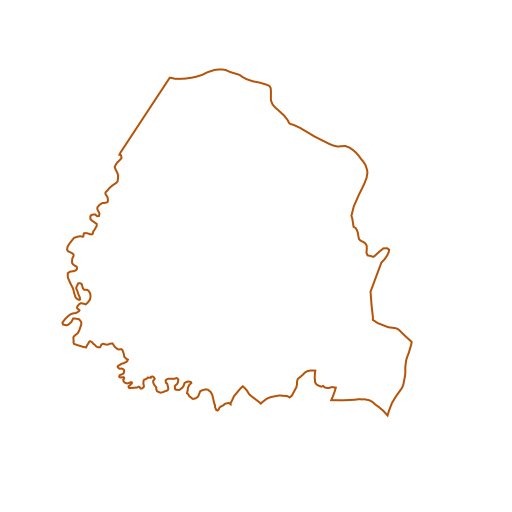 the district of Stueng Saen, Kâmpóng Thum, Cambodia, rotated 109°
{"feature_id": "14789045B79526031906839", "entity_name": "Stueng Saen", "entity_type": "district", "adm_level": 2, "iso_a3": "KHM", "parent_name": "Cambodia", "parent_adm1": "Kâmpóng Thum", "projection": "orthographic", "projection_center": [104.889, 12.631], "detail": "fine", "context": "isolated", "style": "outline", "palette": "amber", "viewbox_px": 512, "rotation_deg": 109, "n_neighbors": 0, "source": "geoboundaries", "source_scale": "gbopen_adm2", "svg_char_len": 6121}
<svg xmlns="http://www.w3.org/2000/svg" viewBox="0 0 512 512"><g transform="rotate(109 256 256)"><path d="M204.7,418.1L204.5,416.8L205.7,415.7L207.4,415.1L209.8,416.1L212.9,417.7L215.3,418.3L217.9,418.6L219.9,416.9L222.2,414.5L224.5,412.7L226.9,411.9L230.2,411.2L232.0,411.7L236.0,414.7L238.7,416.3L240.4,417.1L242.4,417.8L244.5,418.9L245.7,418.9L247.0,417.9L247.9,416.5L248.8,415.6L250.0,414.8L251.5,414.1L253.1,413.9L254.0,414.6L255.4,417.0L255.8,418.2L256.4,418.9L258.5,420.6L261.6,421.8L263.1,421.4L264.5,420.3L265.8,418.7L267.2,417.7L269.3,417.5L270.1,419.1L269.1,421.8L269.6,423.0L270.7,424.9L272.3,425.6L274.9,424.6L276.0,422.6L277.5,417.1L279.2,416.4L283.8,417.2L285.8,417.9L287.7,417.6L288.6,417.8L289.4,419.1L289.4,422.6L289.9,424.9L290.7,426.1L291.9,426.0L293.7,425.6L294.3,426.3L294.5,428.5L295.6,430.6L298.1,434.0L304.4,436.2L307.7,437.1L309.5,437.1L311.7,436.6L312.8,435.1L312.8,434.0L313.2,431.0L313.8,429.2L315.2,428.5L318.1,428.9L321.0,428.2L322.5,427.6L323.4,426.4L324.1,424.4L324.4,422.2L325.4,421.4L326.9,421.1L328.3,421.8L329.6,423.3L331.4,426.8L333.6,428.4L337.6,426.9L342.3,422.6L345.6,419.1L347.7,417.4L349.6,416.3L353.7,413.3L354.3,412.2L354.9,410.8L355.1,408.9L354.4,408.2L352.4,409.2L350.6,411.0L347.2,413.6L345.1,415.5L344.0,415.7L339.8,415.2L339.0,413.6L339.2,411.8L342.8,409.2L343.9,407.6L342.9,404.3L343.8,402.5L345.5,400.5L348.1,399.3L351.1,398.8L355.0,400.0L357.2,401.3L357.2,403.2L357.5,406.0L359.1,407.5L361.6,408.5L363.1,408.4L364.0,407.6L364.3,406.0L364.9,405.2L366.0,405.5L368.6,407.7L370.0,410.6L371.5,412.4L373.6,413.8L377.4,415.8L380.2,416.8L382.1,417.3L383.6,416.2L383.3,412.9L382.6,411.8L381.7,410.9L378.9,409.3L376.9,408.8L374.7,408.6L374.2,407.3L373.7,405.0L373.4,402.8L374.5,400.9L375.7,399.5L377.9,398.9L384.1,398.9L386.7,399.3L390.7,401.7L391.9,402.2L393.3,401.9L395.4,400.9L397.2,400.4L398.4,399.4L398.4,395.0L398.2,391.6L398.3,390.7L397.8,386.9L395.8,386.7L390.9,385.6L390.5,384.8L391.0,382.7L392.0,381.2L392.3,380.0L393.6,377.5L393.6,375.2L393.4,374.3L392.8,373.6L390.5,373.4L389.4,372.9L388.7,371.8L388.7,370.2L388.5,368.6L388.0,367.2L386.4,365.4L385.4,363.2L387.9,359.9L389.1,356.7L389.0,355.1L387.9,353.0L388.6,351.5L391.7,349.1L394.2,347.7L395.5,344.9L395.7,343.4L396.9,343.5L398.1,343.9L400.6,346.3L401.1,347.3L401.8,348.1L404.9,350.7L405.8,350.8L407.0,348.9L406.8,347.7L406.1,346.3L406.3,344.8L406.8,343.7L407.9,343.1L409.5,342.9L410.5,343.2L413.0,346.0L414.3,346.2L415.1,345.5L414.9,344.3L413.7,342.0L413.9,341.1L414.8,340.8L416.2,341.3L417.4,340.6L418.4,339.1L418.5,338.1L418.5,337.0L418.3,336.0L417.5,334.9L416.0,333.2L416.1,332.1L417.0,332.0L418.7,332.8L420.8,334.1L422.0,333.2L421.9,332.4L420.8,329.4L419.8,327.5L419.2,325.8L417.8,324.4L417.7,323.6L418.4,322.7L418.9,321.7L418.3,320.6L416.5,319.5L415.6,319.6L413.2,321.0L412.1,321.3L410.6,321.7L409.3,321.4L408.4,320.2L407.0,319.1L406.1,318.7L405.8,317.1L405.3,315.8L404.4,315.9L403.6,314.7L403.8,313.4L404.4,312.5L405.1,311.8L407.6,312.6L408.7,312.2L410.2,311.1L411.3,309.7L412.8,307.4L414.4,307.0L415.9,305.7L416.3,303.9L416.3,301.7L415.3,300.0L414.7,299.2L413.8,298.5L412.8,297.0L411.9,296.0L410.8,295.6L409.3,296.0L405.5,298.5L405.3,299.7L404.1,300.5L402.9,300.9L401.8,300.3L400.6,298.9L398.7,293.3L397.3,291.4L397.5,290.1L398.2,289.2L399.6,288.9L401.3,288.7L403.2,289.1L404.5,290.1L405.7,290.4L408.4,289.0L408.4,287.9L408.0,285.9L407.4,284.7L404.2,282.6L402.6,282.2L399.3,282.2L398.3,281.4L396.9,279.5L396.5,278.6L396.4,276.5L397.1,275.8L399.9,277.2L402.3,277.4L403.5,277.3L405.0,276.9L408.2,276.6L408.4,275.7L410.4,273.2L410.9,271.5L411.7,269.5L411.5,268.7L410.2,266.7L408.7,265.5L407.8,265.1L406.6,264.9L402.0,264.7L401.1,263.7L400.4,263.1L398.5,260.2L398.2,258.9L398.1,257.9L399.3,254.7L400.2,253.6L401.8,251.9L403.8,250.8L404.5,250.2L407.3,248.6L408.6,247.6L409.6,247.1L410.1,246.4L410.9,245.9L412.2,245.6L414.6,243.3L414.6,242.0L413.5,241.4L411.0,241.1L410.0,240.3L409.2,239.8L408.0,238.4L407.3,237.9L406.5,237.7L405.6,236.9L404.9,235.7L404.4,235.0L403.8,233.8L404.5,231.7L403.2,232.1L400.3,231.6L395.8,231.2L386.1,227.5L383.5,226.1L384.3,224.2L386.2,220.7L388.7,217.8L389.8,215.4L393.3,204.9L394.0,203.4L392.2,202.5L387.6,199.5L384.8,196.4L382.9,193.2L380.2,188.4L379.2,184.4L378.3,181.1L378.7,178.1L376.6,176.7L367.0,175.1L364.1,175.4L362.0,176.2L359.6,176.5L358.3,176.3L356.5,175.1L352.7,172.9L350.3,171.8L348.1,169.9L346.6,167.3L345.7,164.9L345.1,162.6L346.9,162.3L351.6,161.0L356.2,159.0L357.8,156.9L358.3,153.8L358.2,151.5L357.0,150.2L357.8,148.6L357.8,146.6L357.1,144.1L355.3,141.8L354.5,137.7L358.6,137.5L364.1,137.6L367.8,137.9L364.2,127.0L360.0,116.4L357.6,111.4L357.2,109.3L356.2,107.0L355.5,102.0L356.0,98.6L357.6,94.8L358.9,90.5L360.8,85.5L364.0,79.7L359.0,79.9L350.8,79.6L342.9,77.9L333.9,75.2L332.0,74.9L329.4,74.9L321.2,76.0L318.1,76.7L312.6,78.6L308.1,79.6L305.9,80.0L303.3,80.2L296.8,80.0L294.9,80.2L290.1,80.3L286.6,80.8L282.6,89.9L279.4,96.6L278.8,98.7L278.9,101.1L280.3,107.8L279.8,119.2L278.4,124.7L275.9,125.5L264.5,130.9L252.4,136.1L221.4,135.3L217.3,133.4L212.7,132.1L208.8,131.8L206.7,132.1L206.0,134.6L207.3,138.0L211.7,140.8L217.2,143.7L218.6,144.8L218.7,147.8L219.1,150.7L217.0,152.6L212.8,153.7L210.1,154.8L208.7,156.4L207.9,158.6L207.4,162.3L206.5,164.1L204.4,165.4L201.0,167.2L198.6,169.1L197.1,171.0L196.6,173.3L190.2,176.6L186.8,178.9L177.1,179.7L164.1,178.6L157.5,177.7L151.9,177.1L146.0,176.9L141.2,177.7L138.6,178.9L134.3,182.1L132.2,184.8L129.7,188.8L127.6,191.8L125.7,195.1L124.1,199.2L123.1,202.8L122.9,207.4L125.9,214.4L126.4,218.5L126.2,223.2L124.0,239.4L120.5,256.2L119.8,263.1L120.0,266.1L119.7,267.6L118.8,268.8L117.6,269.8L114.1,275.1L110.4,283.5L109.5,285.9L108.1,288.5L106.9,290.1L104.3,292.3L102.6,293.1L95.1,295.6L92.5,296.8L91.0,298.4L90.7,299.8L90.6,303.0L90.9,309.2L91.3,312.3L91.8,315.2L91.9,320.3L91.8,323.2L91.1,327.2L90.3,329.5L90.1,331.9L90.4,338.0L90.4,341.2L90.0,345.2L90.4,347.6L91.0,349.8L92.1,352.7L93.6,355.8L97.9,361.5L100.0,363.7L101.2,364.7L102.6,366.3L106.1,371.1L108.5,375.1L111.5,381.1L113.7,386.8L114.1,388.3L114.8,390.1L115.1,393.6L115.5,395.6L202.2,417.8L204.7,418.1Z" fill="none" stroke="#b45309" stroke-width="2"/></g></svg>